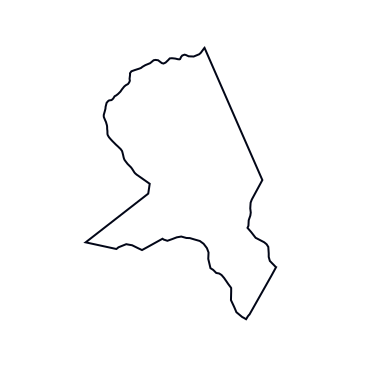 Tete Morne/Morne Andrew, Vieux Fort, Saint Lucia (orthographic projection), rotated 225°
{"feature_id": "8701671B63558668022840", "entity_name": "Tete Morne/Morne Andrew", "entity_type": "district", "adm_level": 2, "iso_a3": "LCA", "parent_name": "Saint Lucia", "parent_adm1": "Vieux Fort", "projection": "orthographic", "projection_center": [-60.952, 13.772], "detail": "fine", "context": "isolated", "style": "outline", "palette": "ink", "viewbox_px": 384, "rotation_deg": 225, "n_neighbors": 0, "source": "geoboundaries", "source_scale": "gbopen_adm2", "svg_char_len": 2319}
<svg xmlns="http://www.w3.org/2000/svg" viewBox="0 0 384 384"><g transform="rotate(225 192 192)"><path d="M79.4,198.3L79.7,198.2L88.2,198.3L91.6,200.2L91.8,200.3L94.3,202.8L99.2,207.1L102.3,207.8L105.4,207.5L113.4,205.0L114.6,204.6L120.2,205.3L121.8,205.5L127.4,205.9L128.2,208.0L129.1,209.0L131.9,212.1L132.6,213.5L134.1,216.6L135.9,219.0L138.3,220.9L139.0,221.4L140.1,222.6L143.0,225.9L144.4,229.0L150.7,250.2L202.7,270.5L285.1,302.8L285.1,302.5L284.2,296.7L284.3,294.5L286.6,289.0L290.3,285.6L293.3,284.5L294.4,283.8L295.4,281.6L295.2,279.7L294.4,277.6L294.7,276.9L295.9,275.9L298.2,274.5L300.8,272.4L302.2,270.7L302.1,268.5L302.2,264.8L303.0,262.7L304.5,261.8L309.1,261.2L311.2,259.6L312.3,258.0L312.7,253.5L314.7,248.7L315.6,245.3L315.7,243.9L316.4,242.2L318.7,237.7L320.2,234.5L319.8,232.1L318.7,231.1L316.2,227.9L314.6,226.7L313.9,225.0L313.6,223.1L314.3,220.7L314.5,218.7L314.1,215.0L313.6,212.4L313.6,209.1L313.9,206.7L314.4,205.0L313.8,202.4L313.8,201.5L313.9,200.1L315.4,198.1L315.6,196.7L315.4,194.6L313.3,191.1L312.1,189.7L310.8,187.5L308.9,184.1L308.0,183.2L307.4,182.7L307.2,182.6L304.3,181.4L302.2,180.6L300.8,179.8L299.5,179.1L298.5,178.4L297.4,177.4L296.6,176.6L295.3,175.6L294.3,174.7L293.4,173.8L292.6,173.1L292.1,172.8L291.3,172.5L289.3,172.0L286.6,171.8L284.0,171.7L279.1,171.7L277.3,171.8L272.7,171.9L271.6,171.7L270.4,171.5L269.5,171.0L268.3,170.3L266.8,169.4L265.1,168.3L263.7,167.5L262.4,167.0L260.5,166.7L257.4,166.3L255.3,166.3L253.8,166.3L252.4,166.3L250.6,166.0L249.2,165.7L247.9,165.4L246.6,165.1L245.3,165.0L244.3,165.1L243.7,165.1L227.7,167.9L221.8,159.9L231.6,81.2L205.2,98.2L205.0,99.4L204.9,100.9L201.6,108.6L199.4,110.1L196.7,112.0L189.9,114.3L188.0,115.0L186.3,115.6L184.5,121.7L179.8,138.1L178.6,138.3L178.2,138.4L177.9,138.6L174.9,140.1L172.8,144.5L170.7,149.2L168.1,152.9L163.5,155.5L160.9,157.9L157.2,159.9L151.8,162.9L147.2,163.6L142.0,162.9L141.4,162.7L137.5,160.9L133.2,156.2L125.1,151.2L122.4,151.8L122.1,151.9L117.6,151.9L115.3,153.5L114.7,153.7L112.4,154.2L108.5,153.9L101.0,152.5L97.3,152.0L96.4,151.8L93.8,149.2L88.0,143.1L85.5,142.2L80.8,140.5L77.8,139.3L75.6,138.4L68.1,139.1L66.2,139.7L63.8,140.3L64.0,141.3L64.2,142.0L64.3,142.5L64.5,143.0L64.7,144.3L64.7,144.6L64.8,145.4L64.7,145.9L76.7,189.1L79.4,198.3Z" fill="none" stroke="#020617" stroke-width="2"/></g></svg>